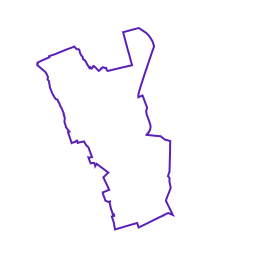 outline of Caracal, Olt, Romania, rotated 66°
{"feature_id": "2599482B13256111556680", "entity_name": "Caracal", "entity_type": "district", "adm_level": 2, "iso_a3": "ROU", "parent_name": "Romania", "parent_adm1": "Olt", "projection": "natural_earth1", "projection_center": [24.333, 44.117], "detail": "fine", "context": "isolated", "style": "outline", "palette": "violet", "viewbox_px": 256, "rotation_deg": 66, "n_neighbors": 0, "source": "geoboundaries", "source_scale": "gbopen_adm2", "svg_char_len": 5610}
<svg xmlns="http://www.w3.org/2000/svg" viewBox="0 0 256 256"><g transform="rotate(66 128 128)"><path d="M215.4,181.1L217.0,169.1L218.5,158.3L223.2,158.7L222.9,148.6L222.5,141.5L222.5,140.8L222.5,139.7L222.5,138.8L222.4,136.9L222.3,136.2L222.3,135.3L222.3,134.7L222.3,133.7L222.3,132.7L222.2,131.6L222.1,131.3L222.2,131.2L222.3,131.1L222.2,130.9L222.2,130.6L222.1,130.3L222.1,129.2L222.1,128.6L222.0,126.3L222.1,126.0L221.7,126.1L225.7,122.4L210.0,123.0L209.8,122.8L209.7,122.7L208.2,121.6L207.5,120.9L204.7,118.0L203.6,116.8L201.0,114.3L200.1,113.4L199.8,113.3L198.6,113.0L195.2,112.2L194.6,112.1L193.8,111.9L193.4,111.8L192.6,111.4L191.8,111.0L190.4,110.4L188.3,111.1L184.8,107.9L184.5,107.7L182.8,106.9L181.4,106.2L180.4,105.7L179.5,105.3L178.6,104.9L176.9,104.1L176.0,103.6L174.6,103.0L171.5,101.5L169.7,100.6L169.3,100.4L166.3,99.0L164.3,98.1L160.8,96.5L157.1,94.7L156.6,95.3L155.6,96.5L155.1,97.2L154.7,97.7L154.4,98.0L154.2,98.3L153.9,98.7L153.6,99.1L153.3,99.2L152.5,99.6L150.5,100.7L149.7,101.1L148.9,101.4L148.8,101.5L148.7,101.7L148.0,103.0L147.3,104.2L146.8,105.2L146.2,106.3L145.4,107.6L143.8,110.4L143.0,111.8L142.4,112.9L141.9,113.7L141.8,114.0L141.7,114.0L141.4,113.4L141.1,112.6L140.9,112.0L140.6,111.1L140.4,110.7L140.0,110.7L139.9,110.4L139.5,109.8L139.2,109.4L139.1,109.2L138.8,108.9L138.5,108.6L138.3,108.4L138.0,108.2L137.7,107.9L137.2,107.6L136.8,107.4L136.6,107.2L136.2,107.0L135.9,106.8L135.6,106.7L135.3,106.6L134.5,106.4L134.1,106.3L133.8,106.3L133.4,106.2L132.6,106.1L132.3,106.1L132.0,106.1L131.4,106.0L130.3,105.9L126.3,105.6L123.7,105.5L122.2,105.2L121.6,105.0L121.2,104.9L120.7,104.7L120.1,104.5L119.9,104.4L119.6,104.2L119.2,104.0L118.7,103.6L118.4,103.3L117.8,102.7L117.3,102.3L110.8,101.9L104.3,101.5L104.2,101.5L104.1,104.8L104.1,105.8L104.1,106.0L102.5,105.4L101.4,104.7L100.8,104.3L100.5,104.1L100.1,103.8L99.1,102.9L98.0,101.9L97.0,101.1L95.6,99.9L94.5,99.0L93.4,98.1L92.4,97.1L91.5,96.3L91.0,95.8L90.2,95.1L89.6,94.6L88.9,93.9L88.4,93.5L86.9,92.2L86.2,91.5L84.4,89.9L83.5,89.1L83.0,88.6L82.1,87.7L81.1,86.8L80.6,86.3L79.4,85.3L77.8,83.8L76.1,82.2L75.4,81.5L74.4,80.7L73.4,79.8L72.5,78.9L71.7,78.2L70.8,77.3L70.0,76.6L68.5,75.2L67.1,73.9L66.1,72.9L65.4,72.3L64.1,71.0L61.4,70.6L58.9,70.4L55.2,70.8L51.6,71.5L48.4,72.8L43.0,76.2L41.0,77.5L38.5,93.5L57.2,96.5L58.0,96.7L58.4,96.7L58.5,96.6L72.3,98.8L69.5,113.0L69.5,113.5L69.1,115.4L67.7,123.1L67.3,123.4L67.0,123.7L66.8,123.8L64.1,123.6L64.0,124.6L63.5,125.0L63.1,125.4L62.7,125.7L62.3,126.1L62.3,126.3L62.3,126.6L62.8,127.2L62.9,127.4L62.8,127.6L62.6,127.9L62.5,128.1L62.6,128.3L63.5,129.3L63.7,130.4L63.9,131.5L63.0,131.8L59.3,133.2L58.9,133.6L58.4,133.7L57.6,134.0L57.3,134.2L57.3,134.3L57.4,134.7L58.6,136.3L59.0,136.8L58.9,137.1L58.4,137.3L58.1,137.4L57.0,137.7L56.9,137.8L57.9,138.7L57.9,138.8L57.4,138.8L57.1,138.8L55.5,139.1L54.7,139.2L53.6,139.4L51.6,139.5L51.3,139.5L50.9,139.4L50.2,139.5L48.9,139.9L48.4,140.0L48.1,140.1L47.1,141.0L46.8,141.0L46.2,140.9L45.5,140.7L45.1,140.6L44.8,140.6L44.3,140.6L44.1,140.6L43.1,141.0L42.7,141.1L42.2,141.2L41.9,141.2L40.8,141.3L39.8,141.3L37.2,140.7L36.7,140.8L36.1,140.9L35.8,141.5L35.5,142.2L35.3,142.5L35.0,142.9L34.6,143.0L32.6,143.7L31.7,144.0L31.7,146.1L31.6,148.0L31.5,149.3L31.4,150.0L31.0,160.4L30.9,164.6L30.8,166.1L30.5,168.7L30.3,170.9L31.1,170.9L31.4,171.0L31.4,173.6L31.3,178.4L31.3,178.8L31.4,179.1L31.4,179.4L31.4,182.4L31.4,183.1L31.5,183.6L31.5,184.0L32.3,184.3L32.6,184.3L32.7,184.5L32.7,185.0L32.9,185.0L33.3,185.0L33.6,185.3L43.7,180.5L44.0,180.6L44.3,180.6L44.7,180.5L45.4,180.4L47.5,180.4L48.3,180.4L48.7,180.3L48.9,180.4L49.6,180.9L50.2,181.3L50.6,181.6L50.8,181.6L51.1,181.7L51.4,181.6L52.6,181.2L53.0,181.1L53.3,181.1L54.2,181.5L54.6,181.7L54.9,181.8L55.3,181.9L55.9,182.0L56.4,182.0L57.2,182.2L58.0,182.6L58.5,182.6L59.0,182.7L59.9,182.9L60.8,182.9L62.1,182.9L63.6,183.1L64.0,183.1L65.1,183.1L66.2,183.0L67.0,183.0L68.4,182.8L68.9,182.7L69.6,182.7L70.3,182.7L70.6,182.6L70.9,182.5L71.3,182.4L71.7,182.3L72.1,182.2L72.4,182.0L72.6,181.9L72.9,181.6L73.1,181.2L73.3,180.9L73.5,180.9L74.3,180.9L75.0,181.0L75.4,181.0L75.6,180.9L75.9,180.8L76.0,180.8L76.2,180.7L76.5,180.7L77.7,180.8L78.3,180.8L78.8,180.9L79.2,181.0L79.4,181.0L79.7,180.9L80.1,180.9L80.4,180.8L82.4,180.7L83.5,180.6L84.7,180.7L84.8,180.7L87.1,180.7L87.8,180.7L87.8,180.8L88.6,181.0L89.4,181.2L89.7,181.2L90.0,181.3L90.4,181.4L90.6,181.5L90.8,181.5L90.8,181.4L91.0,181.5L92.8,181.6L93.1,181.6L94.9,182.7L96.2,183.4L96.4,183.5L97.4,183.7L98.8,183.8L100.8,184.1L102.0,184.3L102.0,184.1L103.0,184.1L104.0,183.9L105.9,183.4L107.4,183.0L107.3,184.5L109.2,184.7L110.3,184.8L111.0,184.9L111.8,184.9L112.6,185.0L117.0,185.4L118.9,185.6L118.9,184.8L118.9,183.8L118.9,183.7L119.1,182.6L119.1,182.0L119.2,181.9L119.2,180.9L119.2,180.4L118.7,180.3L118.8,179.6L121.2,179.9L121.4,177.9L122.2,174.7L122.4,173.6L123.5,173.6L124.6,173.5L125.8,173.3L126.8,173.1L127.8,172.8L128.6,172.3L129.1,172.2L129.9,172.1L130.4,172.0L130.9,172.0L131.3,172.1L132.4,172.3L134.0,172.3L139.9,172.7L139.8,173.2L139.8,173.5L139.7,174.2L139.4,175.1L139.2,175.6L139.0,175.9L138.8,176.1L139.4,176.2L142.2,176.4L145.1,176.5L145.3,175.3L145.4,175.0L145.7,174.3L146.0,173.6L146.2,173.1L146.7,173.1L147.6,173.1L148.2,173.2L149.1,173.2L149.4,173.3L148.0,171.2L160.4,164.3L160.7,164.1L163.1,170.6L176.8,170.3L176.6,177.3L179.9,177.9L180.5,177.9L181.9,177.9L183.2,178.0L185.2,178.2L187.8,175.7L187.7,174.3L187.9,174.3L188.4,175.4L189.0,175.2L195.8,176.6L197.2,176.5L198.5,176.7L200.7,177.0L200.9,176.1L202.6,176.3L202.3,178.8L206.8,179.2L208.7,179.4L209.8,179.8L215.4,181.1Z" fill="none" stroke="#5b21b6" stroke-width="2"/></g></svg>